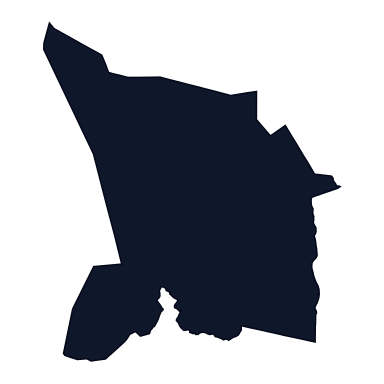 San Martín Peras, Oaxaca, Mexico
{"feature_id": "50627088B75957379157629", "entity_name": "San Martín Peras", "entity_type": "district", "adm_level": 2, "iso_a3": "MEX", "parent_name": "Mexico", "parent_adm1": "Oaxaca", "projection": "orthographic", "projection_center": [-98.226, 17.372], "detail": "fine", "context": "isolated", "style": "filled", "palette": "ink", "viewbox_px": 384, "rotation_deg": 0, "n_neighbors": 0, "source": "geoboundaries", "source_scale": "gbopen_adm2", "svg_char_len": 3161}
<svg xmlns="http://www.w3.org/2000/svg" viewBox="0 0 384 384"><path d="M64.8,355.3L69.5,357.0L77.4,359.5L79.7,359.3L86.7,358.7L91.3,361.0L94.7,360.4L105.4,359.0L110.0,354.8L111.4,353.7L115.3,350.1L122.6,343.5L125.2,341.0L127.2,338.4L129.8,334.3L135.5,331.5L140.4,336.1L149.4,333.6L149.8,332.6L150.6,330.1L151.8,329.0L153.0,326.9L154.3,326.5L155.4,324.6L156.2,323.1L157.5,320.7L158.5,318.4L159.2,316.0L160.1,313.9L161.2,311.4L162.5,310.6L163.2,309.2L161.7,307.7L160.6,305.6L158.7,303.0L156.6,299.9L158.6,298.4L159.9,296.1L159.8,293.1L159.3,290.8L160.6,288.1L161.4,286.7L163.8,287.1L165.6,288.3L166.3,290.5L168.7,291.6L169.8,292.3L169.8,294.0L171.5,295.4L172.6,296.6L174.4,298.1L176.5,299.0L177.9,300.1L177.4,301.5L176.4,302.8L175.0,304.7L174.4,306.5L174.7,307.8L176.5,308.4L177.5,309.2L179.7,311.3L180.8,310.4L180.1,312.6L179.3,314.2L178.5,316.2L177.9,317.4L176.6,319.2L176.4,320.7L177.8,322.0L178.6,323.3L179.1,324.3L179.5,325.6L180.6,327.2L182.4,329.1L183.7,330.3L185.5,330.3L187.5,329.7L189.8,330.4L189.8,332.4L191.2,332.8L193.0,333.6L195.2,333.4L195.6,334.4L198.0,334.4L199.1,333.4L201.1,332.3L203.2,332.3L204.6,332.5L206.2,332.9L207.7,333.9L209.6,334.5L211.9,334.0L213.8,334.1L214.7,336.0L215.7,336.7L218.1,337.2L219.0,337.7L221.4,338.4L222.2,339.1L223.7,339.9L224.9,339.2L226.3,339.0L228.0,339.6L228.7,340.3L229.9,339.4L230.9,338.9L231.7,338.3L233.3,337.2L235.3,336.7L237.9,335.3L239.3,333.5L239.9,332.1L241.2,330.3L241.3,325.9L241.3,325.7L246.5,326.9L251.7,328.1L253.0,328.3L255.1,328.8L257.6,329.3L261.5,330.2L262.2,330.3L264.8,330.9L267.7,331.6L272.1,332.5L274.7,333.1L276.7,333.6L277.3,333.7L278.7,334.0L284.4,335.4L291.7,336.9L292.6,337.1L303.0,339.3L306.8,340.2L315.2,342.0L315.1,339.3L315.3,326.0L315.5,324.1L315.7,314.0L316.5,313.4L316.2,311.0L315.1,309.0L315.0,307.0L316.1,304.5L317.2,302.6L318.2,299.6L318.8,297.6L319.2,294.4L319.1,292.0L318.9,289.0L317.8,285.5L316.5,283.2L315.4,280.8L314.4,278.0L313.5,275.5L313.0,272.6L312.0,269.1L311.7,266.5L311.9,263.2L313.1,260.9L315.0,258.9L316.0,257.8L316.9,256.1L317.1,254.8L316.5,248.2L316.1,246.5L315.8,243.3L315.7,242.7L315.2,239.5L314.1,235.4L315.4,233.8L316.1,231.1L315.8,229.9L316.0,228.7L315.7,227.3L315.1,226.4L314.1,224.8L313.2,222.4L313.7,220.2L313.6,218.2L313.8,216.3L313.1,215.0L312.8,212.9L312.7,211.9L312.9,210.6L313.0,208.7L311.9,206.7L311.2,204.3L311.1,201.6L311.1,199.9L311.2,198.5L312.1,197.1L322.7,193.4L337.8,188.2L340.2,186.6L338.9,186.0L337.2,186.3L336.1,185.0L335.3,183.2L334.4,182.5L333.1,179.9L333.1,178.3L332.0,176.8L331.4,176.1L322.8,175.1L314.5,174.1L314.4,173.9L313.2,171.8L307.7,162.4L303.9,156.4L294.8,141.1L292.6,137.7L285.3,125.5L270.4,135.9L257.9,121.3L256.4,119.5L256.5,91.5L247.4,92.8L245.0,93.2L232.8,95.2L230.5,95.6L229.2,95.1L217.1,91.9L202.0,88.0L186.8,84.1L171.7,80.2L169.6,79.7L160.0,77.1L156.6,77.2L141.4,77.4L127.7,77.4L126.3,77.0L122.8,76.1L111.0,73.2L108.5,72.4L105.5,64.2L101.7,55.1L100.4,54.4L96.1,52.0L90.4,48.9L80.8,43.6L65.9,35.2L62.8,33.5L54.0,28.6L49.4,23.0L44.0,42.8L43.8,47.3L43.8,49.5L93.5,154.0L106.6,205.0L115.1,237.1L121.7,264.1L93.7,266.6L84.8,284.5L72.7,308.9L63.5,353.5L64.8,355.3Z" fill="#0f172a" stroke="#020617" stroke-width="1.5"/></svg>